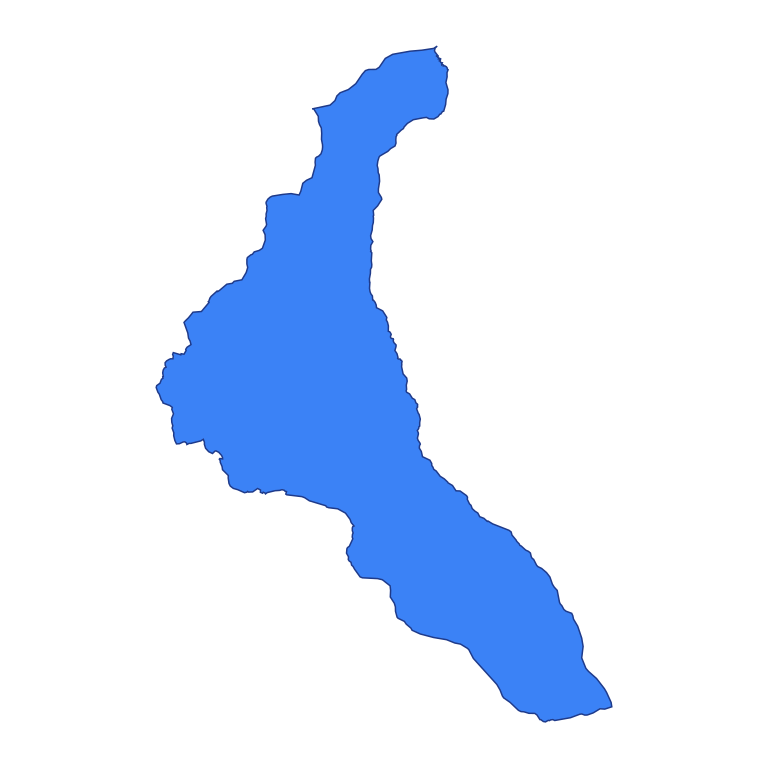 Marga, Caras-Severin, Romania (orthographic projection)
{"feature_id": "2599482B48275868518919", "entity_name": "Marga", "entity_type": "district", "adm_level": 2, "iso_a3": "ROU", "parent_name": "Romania", "parent_adm1": "Caras-Severin", "projection": "orthographic", "projection_center": [22.506, 45.504], "detail": "fine", "context": "isolated", "style": "filled", "palette": "blue", "viewbox_px": 768, "rotation_deg": 0, "n_neighbors": 0, "source": "geoboundaries", "source_scale": "gbopen_adm2", "svg_char_len": 6084}
<svg xmlns="http://www.w3.org/2000/svg" viewBox="0 0 768 768"><path d="M611.8,706.8L611.1,702.4L606.6,692.5L604.4,688.7L596.6,678.6L588.6,671.5L585.9,668.4L581.7,657.9L583.1,646.4L581.7,638.1L577.7,626.2L573.5,619.1L572.8,615.7L571.7,613.3L566.0,611.2L563.9,609.5L561.8,605.6L560.3,604.0L559.5,602.3L557.2,590.4L554.2,587.1L552.4,584.2L549.9,577.0L546.6,572.7L541.6,568.4L538.0,566.7L536.7,565.4L533.6,559.3L532.3,558.5L531.3,556.9L530.4,553.0L528.5,551.4L525.7,550.1L521.2,546.0L519.9,545.4L519.2,543.9L516.6,541.2L516.3,540.3L512.0,535.1L511.1,531.9L509.0,530.3L492.7,523.9L487.9,521.0L487.3,521.4L483.9,518.3L479.7,516.7L477.8,513.0L475.0,511.2L472.2,508.6L471.0,505.3L469.5,503.9L467.3,499.4L467.5,497.2L466.5,495.6L460.1,491.0L456.0,490.8L452.5,485.5L448.0,482.8L447.7,482.1L444.2,478.8L440.2,476.3L436.2,471.0L433.8,469.4L432.9,467.1L431.8,465.5L431.7,463.4L429.9,460.2L422.5,456.7L421.3,451.4L419.3,448.1L419.5,445.7L420.3,444.2L420.0,443.2L418.1,440.3L417.4,438.2L418.4,434.0L418.3,432.9L417.3,430.5L418.6,428.7L419.0,426.7L419.7,426.1L419.7,422.5L420.3,419.1L419.1,414.4L418.2,413.1L416.6,408.7L417.7,406.9L417.3,406.2L417.7,404.9L417.4,404.1L415.9,402.8L414.8,399.6L412.3,398.2L409.6,393.9L406.6,392.2L406.1,390.8L406.6,389.4L406.3,385.1L407.2,381.1L406.7,378.0L403.1,373.9L401.6,366.8L401.8,364.0L401.6,362.9L402.1,361.8L401.5,360.3L400.7,360.2L400.1,359.0L398.2,359.0L397.6,358.2L398.0,357.5L397.0,353.7L394.9,350.5L396.0,346.7L396.1,345.0L393.9,342.6L393.2,340.8L393.5,339.5L393.2,338.7L391.4,338.4L390.6,337.6L390.5,336.1L391.2,334.6L390.8,333.4L389.7,331.8L388.3,331.3L388.4,325.9L387.5,322.2L386.3,320.0L386.8,317.4L382.7,310.9L376.5,307.7L376.2,305.0L375.1,302.3L373.4,300.1L372.7,300.0L372.4,295.9L370.8,293.7L370.0,291.5L369.5,288.4L369.9,282.4L369.6,282.4L369.4,278.9L370.4,273.4L370.5,269.3L371.6,267.2L371.8,264.7L371.3,260.8L371.8,252.8L370.7,251.4L371.1,250.9L370.6,249.2L370.8,245.3L372.9,241.6L371.0,238.6L370.6,235.7L372.2,230.0L372.5,225.5L373.3,222.6L373.5,218.1L373.2,216.1L373.7,215.3L373.2,210.4L377.6,205.9L381.8,199.3L381.4,197.5L378.4,192.5L378.4,189.0L379.6,181.2L379.2,174.9L378.2,172.6L378.0,168.7L377.2,165.5L377.8,161.2L379.0,157.2L379.9,156.0L387.9,151.3L390.6,148.6L395.0,146.0L396.0,143.1L395.8,139.9L396.1,136.4L396.8,135.5L396.7,134.4L401.2,130.1L403.4,128.6L404.1,127.0L407.4,123.4L413.3,119.7L423.2,117.8L426.5,117.4L429.2,118.8L433.9,119.0L438.0,116.6L439.8,114.2L440.8,114.0L442.5,111.5L443.7,111.2L445.6,104.6L446.1,99.2L447.9,93.6L448.0,89.8L445.9,82.5L447.1,76.9L447.0,72.6L448.1,69.8L447.5,69.5L447.2,68.0L446.4,66.8L444.9,65.9L443.3,65.9L443.5,65.1L442.4,64.4L441.8,64.9L441.6,64.0L442.3,62.8L440.7,62.4L440.0,60.8L439.4,60.9L439.4,59.7L440.4,60.0L440.6,58.9L439.1,58.8L439.7,58.4L438.0,57.6L438.1,56.5L437.5,56.9L436.5,56.0L437.4,55.1L434.9,51.8L434.5,50.7L435.1,48.1L437.2,46.1L433.7,48.4L421.9,50.2L410.1,51.2L392.7,54.3L385.3,58.4L379.3,67.2L376.0,69.4L368.7,69.5L365.4,70.6L362.2,74.3L355.8,83.7L348.3,89.6L340.2,92.7L336.9,95.9L335.0,100.6L330.1,105.1L312.1,108.9L313.8,109.0L318.3,116.3L318.5,121.3L319.5,124.5L321.3,127.9L321.7,133.3L321.5,139.4L322.5,144.6L322.6,147.0L322.3,149.9L321.0,153.8L318.6,156.2L316.6,157.1L315.5,158.2L315.1,162.2L315.4,165.3L312.0,177.7L306.5,180.3L302.8,183.3L300.8,191.2L299.1,195.0L291.1,193.6L282.8,194.4L272.3,196.1L270.2,197.1L267.9,199.1L266.1,202.2L266.1,203.5L267.0,206.4L266.7,207.5L267.0,210.4L266.1,214.0L266.2,216.3L265.6,218.7L266.6,224.5L266.1,226.1L263.1,230.3L265.1,234.7L265.3,240.1L262.4,248.3L259.2,250.4L254.2,251.9L252.4,254.3L250.9,254.8L247.4,257.5L246.9,259.4L246.9,264.0L247.7,267.4L247.5,268.2L246.2,272.5L241.9,279.8L234.2,281.3L232.3,283.3L226.8,284.2L219.5,290.4L217.7,291.6L217.1,291.0L211.1,296.4L209.9,298.1L208.8,301.3L208.3,301.7L209.0,302.5L201.4,311.5L193.0,312.2L188.5,317.8L185.5,320.7L184.0,322.4L187.8,333.0L188.5,338.1L190.1,341.1L191.0,344.6L187.1,347.2L186.4,348.2L185.7,349.4L186.1,350.5L184.0,354.2L181.1,353.7L180.8,354.8L173.3,352.6L172.6,354.6L173.3,356.0L172.9,358.8L170.5,358.8L169.1,359.4L166.6,360.9L165.1,362.7L165.2,365.2L166.1,367.2L164.4,368.0L163.2,370.1L162.7,372.9L163.3,376.5L162.7,376.7L162.9,378.4L161.5,379.2L160.0,383.2L156.7,385.6L156.2,387.5L157.9,392.2L159.3,394.2L161.2,399.7L162.7,401.6L163.0,403.0L170.0,405.6L172.3,407.4L171.8,409.3L173.5,413.8L171.6,418.4L171.8,422.3L172.8,425.8L172.1,428.1L173.8,432.8L173.7,435.7L174.9,440.6L176.5,443.9L179.4,443.7L183.1,442.0L184.8,441.8L186.5,443.0L186.9,444.5L189.1,443.4L190.9,443.4L200.8,440.9L203.3,439.3L204.4,442.2L204.4,444.4L205.6,448.3L208.7,451.7L212.5,453.5L215.0,451.1L216.0,450.9L218.8,452.3L221.6,455.5L222.5,457.5L222.6,458.9L219.9,458.5L219.3,459.2L220.2,460.5L220.3,462.4L222.1,466.6L222.5,469.7L228.3,475.5L228.2,478.0L229.0,483.5L230.3,486.1L233.3,488.4L237.8,489.7L244.5,492.7L246.9,492.2L247.6,491.4L248.6,492.1L252.7,491.9L257.6,488.5L260.5,490.0L260.4,492.3L262.6,493.2L263.2,492.2L264.9,492.9L265.5,493.9L267.2,492.6L275.1,490.7L279.6,490.4L282.0,489.7L284.3,490.3L285.0,491.2L286.5,491.6L285.8,494.1L286.8,494.8L301.8,496.6L304.7,497.7L309.4,500.8L325.7,505.7L326.6,507.0L328.7,507.7L337.7,508.8L345.5,513.1L350.1,519.4L351.2,522.6L354.0,526.0L352.8,526.6L352.3,527.9L352.3,530.6L353.1,533.0L352.5,534.3L352.2,537.0L352.8,538.8L349.3,546.3L347.5,547.6L346.9,548.8L346.5,553.2L348.5,556.8L348.3,559.6L349.1,560.9L351.0,562.3L351.6,565.1L353.1,566.5L354.5,569.1L360.1,576.9L362.4,577.8L377.6,578.6L382.3,579.7L390.1,585.8L390.6,590.4L390.3,597.0L394.3,603.2L395.4,606.9L395.5,611.3L397.1,617.2L398.1,618.3L404.4,621.4L406.2,624.1L410.9,628.1L412.1,630.3L420.3,634.0L433.6,637.5L446.6,639.7L454.8,643.0L460.5,644.1L467.4,648.3L468.8,649.6L473.4,658.5L496.9,684.5L500.1,690.1L502.4,696.0L503.7,697.9L510.0,702.3L518.4,710.3L521.0,711.6L523.9,711.8L528.9,713.3L534.8,713.4L537.0,715.0L539.9,719.6L540.9,719.7L543.3,721.5L545.5,721.9L548.2,720.4L549.5,720.6L550.6,719.9L552.9,719.6L554.7,720.5L570.5,717.7L579.9,714.2L581.8,714.0L584.8,715.1L587.3,715.0L593.2,712.9L600.0,708.8L604.8,709.1L611.8,706.8Z" fill="#3b82f6" stroke="#1e3a8a" stroke-width="1.5"/></svg>